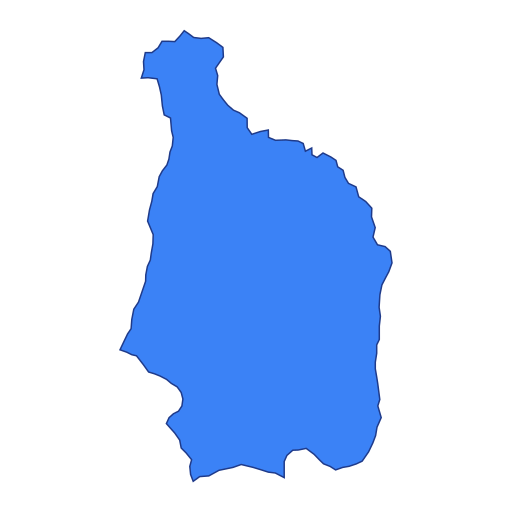 Monte Castelo, São Paulo, Brazil
{"feature_id": "56859067B5016346842367", "entity_name": "Monte Castelo", "entity_type": "district", "adm_level": 2, "iso_a3": "BRA", "parent_name": "Brazil", "parent_adm1": "São Paulo", "projection": "equal_earth", "projection_center": [-51.577, -21.242], "detail": "fine", "context": "isolated", "style": "filled", "palette": "blue", "viewbox_px": 512, "rotation_deg": 0, "n_neighbors": 0, "source": "geoboundaries", "source_scale": "gbopen_adm2", "svg_char_len": 2108}
<svg xmlns="http://www.w3.org/2000/svg" viewBox="0 0 512 512"><path d="M371.8,208.2L365.7,201.5L358.7,196.8L356.0,186.9L348.5,183.4L344.9,177.4L343.1,170.3L337.7,166.8L336.0,160.4L330.9,157.0L323.0,153.0L317.0,157.5L312.0,154.8L311.7,148.0L305.4,151.2L303.2,143.5L298.0,141.0L292.2,140.6L285.9,139.9L275.5,140.3L268.5,137.4L268.3,130.0L260.4,131.5L251.8,134.3L247.2,127.7L247.1,118.3L239.5,112.8L233.5,110.2L227.7,105.2L223.2,99.6L219.3,94.3L216.9,84.4L217.7,75.6L215.5,68.2L219.2,62.9L223.4,56.9L222.9,47.4L216.6,42.7L208.7,37.7L201.1,38.4L193.7,37.5L188.9,33.9L184.2,30.7L180.0,36.0L174.8,41.6L168.9,41.3L162.0,41.3L158.1,47.8L151.9,52.6L145.3,52.6L143.5,61.6L144.0,69.7L141.3,78.1L148.1,77.7L157.1,78.8L159.5,86.9L161.3,95.0L162.4,106.0L164.2,114.9L170.5,118.0L171.6,130.7L173.2,137.4L172.3,146.0L170.0,152.0L168.9,159.1L166.9,165.0L162.4,170.8L159.2,176.7L157.3,186.6L153.1,193.6L151.8,201.3L149.5,209.9L147.6,221.1L153.2,234.6L152.9,243.9L151.3,252.9L150.3,260.1L147.4,266.4L145.8,274.8L145.6,281.3L142.7,289.8L138.5,302.1L133.8,309.2L131.8,319.4L131.1,328.7L127.6,333.9L123.7,342.0L120.0,349.8L126.8,352.2L131.8,354.7L136.5,355.8L143.4,364.7L148.6,372.0L154.5,373.8L160.0,376.0L166.6,379.4L171.3,383.4L177.2,386.9L181.2,392.5L182.9,399.0L181.9,406.0L178.5,411.2L173.5,413.7L169.1,417.6L166.4,423.6L174.8,433.1L179.7,440.1L181.2,448.0L186.1,452.9L191.6,459.7L189.8,466.4L190.6,474.5L193.2,481.3L199.7,476.6L208.8,475.9L219.0,470.3L233.0,467.4L241.2,464.5L253.2,467.4L261.4,469.9L268.2,472.1L275.3,473.0L284.2,477.6L284.2,461.5L286.9,455.4L292.8,450.2L298.2,450.0L306.2,448.4L314.1,454.3L319.3,459.7L323.5,463.8L330.1,466.4L335.6,469.9L342.7,467.4L349.1,466.3L356.3,463.9L362.2,461.1L368.6,451.8L372.8,443.0L375.6,435.6L377.0,427.2L381.2,417.6L377.8,405.9L379.8,399.5L378.8,391.8L377.7,383.4L376.7,377.0L375.3,368.8L375.3,362.2L376.7,353.3L376.7,344.9L379.3,339.5L379.3,326.0L380.4,316.3L379.1,307.3L379.9,294.7L381.9,284.9L385.6,277.7L388.8,271.7L392.0,262.9L390.3,251.3L385.1,246.6L377.5,244.8L373.0,237.1L375.2,227.6L371.5,216.9L371.8,208.2Z" fill="#3b82f6" stroke="#1e3a8a" stroke-width="1.5"/></svg>